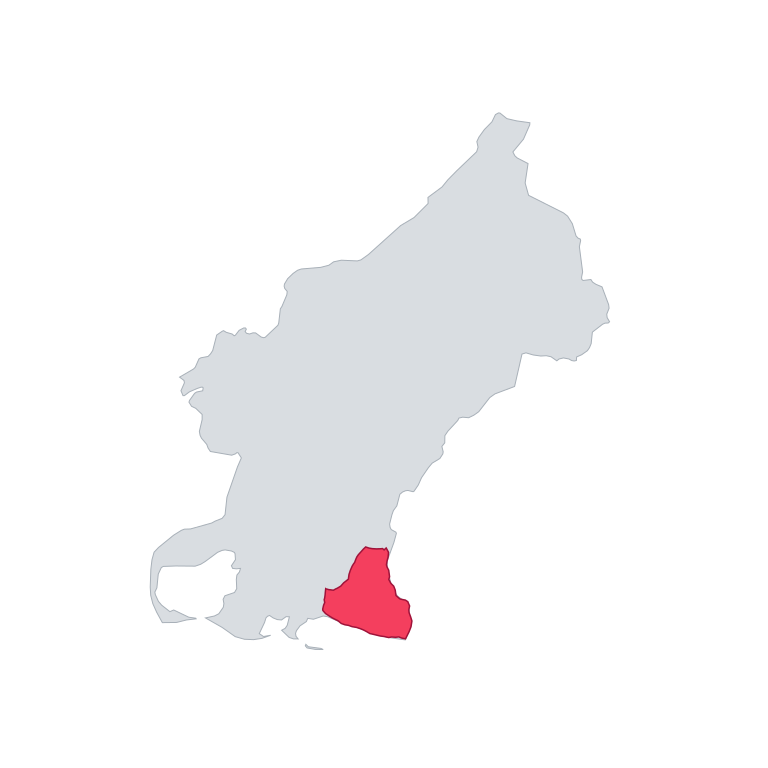 Etrek, Balkan, Turkmenistan shown in context, rotated 287°
{"feature_id": "10190150B33098588070062", "entity_name": "Etrek", "entity_type": "district", "adm_level": 2, "iso_a3": "TKM", "parent_name": "Turkmenistan", "parent_adm1": "Balkan", "projection": "orthographic", "projection_center": [54.674, 38.185], "detail": "fine", "context": "in_parent", "style": "filled", "palette": "rose", "viewbox_px": 768, "rotation_deg": 287, "n_neighbors": 0, "source": "geoboundaries", "source_scale": "gbopen_adm2", "svg_char_len": 5041}
<svg xmlns="http://www.w3.org/2000/svg" viewBox="0 0 768 768"><g transform="rotate(287 384 384)"><path d="M229.9,266.9L261.8,268.1L271.6,269.2L275.6,264.5L275.3,263.3L273.8,262.4L271.4,259.2L268.7,237.7L271.3,234.5L274.4,232.2L278.8,225.3L281.2,223.1L284.7,221.3L296.7,220.5L301.7,219.0L305.7,211.1L306.4,206.5L309.6,202.8L311.4,202.8L319.7,205.6L321.5,207.1L324.5,212.6L327.5,212.2L327.9,211.2L327.5,210.0L325.0,206.5L319.7,200.3L314.5,196.5L314.1,195.2L318.2,191.8L326.8,192.8L328.9,191.7L330.8,186.5L342.7,197.5L344.8,198.6L353.9,199.7L355.5,201.2L358.9,207.7L362.1,209.3L365.9,210.4L381.9,209.7L387.2,213.9L388.1,215.0L387.3,218.1L387.4,224.2L386.3,226.6L387.2,227.6L393.0,229.8L396.6,233.5L397.1,235.1L396.2,236.3L393.5,235.9L392.3,237.7L392.5,240.8L394.6,243.7L395.3,246.3L393.0,252.8L393.1,255.4L394.0,256.8L409.2,265.4L411.6,265.5L425.6,262.9L428.3,263.7L440.8,265.0L444.2,264.4L446.3,261.2L448.4,259.9L450.5,259.6L456.6,261.1L463.1,264.7L467.5,268.1L469.8,271.3L477.0,289.3L481.4,296.5L486.1,300.1L489.9,307.0L493.9,322.5L495.9,325.6L503.2,331.2L540.4,353.6L552.0,364.1L569.5,373.4L575.3,371.5L589.4,381.9L598.0,385.4L609.3,391.3L633.2,404.7L638.0,404.7L643.0,401.9L647.9,402.6L656.7,405.6L666.3,410.6L674.2,411.8L676.7,414.2L677.0,415.7L673.7,423.9L674.4,433.9L676.5,447.1L674.4,447.6L658.9,445.8L643.6,439.4L640.5,442.4L639.1,445.3L636.9,457.3L617.5,460.2L606.7,467.1L600.1,505.6L598.2,510.5L592.4,517.2L581.7,524.4L580.2,527.0L580.0,529.3L578.7,530.1L572.4,530.7L549.2,541.2L544.0,541.7L541.9,542.5L541.2,544.1L544.4,551.3L542.4,553.7L541.3,557.5L540.6,564.1L525.6,575.6L522.3,577.1L515.9,576.6L512.7,578.0L509.5,581.5L507.9,580.6L506.8,577.5L505.0,575.5L494.5,568.1L483.2,570.3L478.9,569.9L475.4,568.8L469.8,564.5L466.2,560.3L462.7,561.1L461.6,559.1L461.3,556.6L462.0,553.6L461.4,548.0L459.1,544.1L456.7,542.5L458.9,535.8L458.5,530.9L456.6,525.8L455.4,518.2L455.3,510.7L453.0,507.2L419.8,509.6L407.0,493.0L401.9,489.1L385.2,482.7L380.4,479.0L376.5,474.8L375.3,469.0L373.3,465.6L370.7,465.2L357.6,458.9L352.4,457.3L345.5,459.3L341.2,457.6L336.5,460.4L334.4,460.7L329.1,459.2L322.4,453.2L316.9,450.9L305.4,447.3L297.4,446.3L290.3,444.1L289.5,443.3L289.2,438.0L288.2,435.8L286.1,433.3L283.2,431.4L271.2,431.9L265.7,430.0L261.3,429.8L251.7,430.3L248.6,431.8L246.9,433.5L245.8,438.7L244.8,439.5L235.5,439.8L215.7,438.8L207.4,441.5L194.6,449.5L187.2,456.2L185.1,459.1L180.7,470.9L178.8,472.6L176.2,474.0L173.7,474.2L161.8,478.8L157.2,479.9L145.5,479.2L142.8,461.8L141.9,448.0L143.4,429.0L142.9,416.7L145.0,398.1L144.3,393.6L138.4,385.3L137.6,379.6L134.1,379.2L128.2,374.4L122.5,372.4L119.7,372.3L117.0,373.6L115.1,376.4L113.8,372.0L113.9,367.4L118.6,358.1L121.4,360.9L124.9,362.0L133.7,361.6L132.9,358.4L128.4,355.0L127.5,350.8L127.9,346.4L129.2,342.2L127.8,340.5L125.8,339.5L121.1,339.5L108.8,337.7L107.3,342.6L110.6,349.1L105.1,341.7L101.4,334.0L99.1,325.2L98.9,315.6L103.9,300.4L108.1,281.7L112.6,289.7L116.0,293.2L123.5,295.6L127.2,295.1L131.1,293.1L135.0,293.8L140.9,302.0L145.2,303.0L154.0,299.9L158.3,299.2L161.9,300.7L165.7,300.7L164.1,296.9L163.4,293.2L165.6,291.2L172.6,293.3L178.1,291.2L179.2,290.2L179.7,287.0L178.9,280.6L177.6,277.9L174.4,274.1L162.1,265.0L158.0,261.4L154.6,256.7L149.1,238.1L145.0,226.2L143.3,224.7L136.2,223.7L122.7,226.4L118.0,225.7L115.7,226.9L110.2,231.8L107.5,236.0L103.7,245.8L106.4,249.0L103.9,265.5L105.0,272.5L104.5,273.0L100.6,264.1L95.3,255.3L91.0,241.8L99.3,233.3L106.3,227.2L113.7,222.7L121.5,219.8L138.7,215.2L148.2,213.5L155.9,213.3L161.8,216.2L177.9,227.0L184.8,233.0L186.8,235.5L188.8,241.3L200.7,259.9L203.5,262.6L208.2,268.5L212.6,270.2L229.9,266.9ZM112.7,401.0L112.3,403.5L110.1,395.9L109.1,387.6L110.6,385.3L112.2,385.4L110.6,388.4L112.7,401.0Z" fill="#d9dde1" stroke="#a8b0b8" stroke-width="1"/><path d="M147.4,395.2L146.0,399.9L145.1,403.4L144.1,409.4L142.5,413.1L142.3,417.1L142.8,420.5L142.6,424.4L143.2,429.0L143.1,433.0L142.8,436.3L142.1,439.8L141.2,443.5L141.4,445.8L141.7,450.6L141.9,454.0L142.6,458.3L142.9,462.6L144.3,465.2L145.2,469.2L146.5,472.1L146.2,475.0L146.6,479.1L154.4,480.4L159.7,480.8L165.5,480.0L168.9,477.7L172.6,474.9L175.4,473.7L179.2,473.4L181.2,471.7L182.8,470.4L183.6,467.6L183.3,464.8L183.1,462.4L183.5,461.1L185.2,457.3L190.2,455.0L193.5,452.4L195.4,448.8L198.5,445.7L201.3,445.7L207.2,443.0L210.0,440.3L211.8,439.2L215.3,438.7L219.8,438.5L224.1,437.6L224.4,437.5L226.8,435.1L227.7,434.1L227.8,434.0L225.4,432.6L226.2,430.7L225.5,429.1L224.6,426.4L224.2,425.4L223.1,420.8L222.7,417.6L222.8,414.1L219.8,412.4L219.7,412.4L213.3,409.4L210.7,408.6L208.3,408.3L204.8,408.1L202.8,407.4L200.4,406.8L196.0,406.3L191.8,406.2L189.1,406.6L187.0,407.0L182.1,403.6L179.5,402.4L178.0,401.7L174.9,398.9L174.0,397.8L172.0,395.9L171.4,392.2L171.2,391.5L171.2,389.9L171.1,388.4L171.2,388.1L170.6,388.2L168.1,388.7L166.6,389.0L165.3,389.3L163.5,389.6L162.0,389.8L160.1,389.9L160.0,390.0L159.0,390.5L157.7,391.2L155.5,391.0L155.0,390.9L152.1,391.1L150.9,391.2L150.3,391.4L149.5,391.8L149.0,392.6L147.4,395.2Z" fill="#f43f5e" stroke="#9f1239" stroke-width="1.5"/></g></svg>